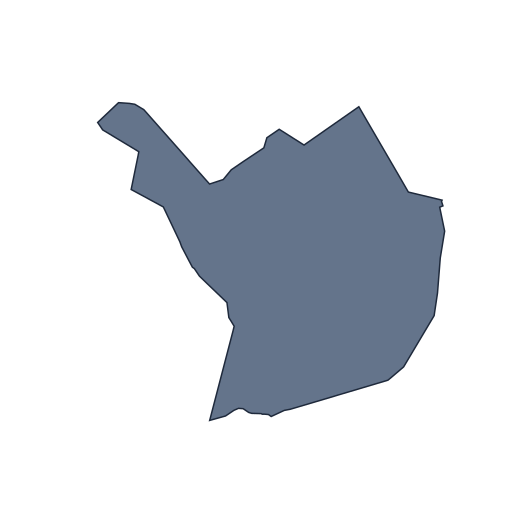 Santa María Jalapa del Marqués, Oaxaca, Mexico (Robinson projection), rotated 15°
{"feature_id": "50627088B47200776133604", "entity_name": "Santa María Jalapa del Marqués", "entity_type": "district", "adm_level": 2, "iso_a3": "MEX", "parent_name": "Mexico", "parent_adm1": "Oaxaca", "projection": "robinson", "projection_center": [-95.524, 16.507], "detail": "fine", "context": "isolated", "style": "filled", "palette": "slate", "viewbox_px": 512, "rotation_deg": 15, "n_neighbors": 0, "source": "geoboundaries", "source_scale": "gbopen_adm2", "svg_char_len": 1083}
<svg xmlns="http://www.w3.org/2000/svg" viewBox="0 0 512 512"><g transform="rotate(15 256 256)"><path d="M386.6,154.8L373.1,141.3L325.5,94.0L316.7,85.2L275.4,134.3L273.7,136.4L245.6,127.6L235.9,138.9L235.6,149.5L219.5,167.8L209.8,179.1L204.6,190.6L192.5,198.5L185.8,194.1L167.7,182.1L161.3,177.8L109.8,143.7L99.7,140.8L95.0,141.3L94.6,141.3L89.9,142.2L83.8,143.4L83.5,143.5L81.1,147.4L68.5,168.0L75.3,173.9L109.0,183.6L115.8,185.6L116.1,189.2L118.2,224.1L120.4,224.6L127.1,226.2L153.8,232.6L178.8,262.0L181.8,266.3L191.9,277.3L197.5,283.3L199.7,284.1L206.6,290.1L216.5,295.6L240.0,308.5L244.4,319.3L245.7,322.5L248.4,325.0L253.1,329.5L253.1,330.6L253.2,334.3L253.8,424.9L253.8,426.8L268.0,418.4L274.7,410.7L278.5,407.7L283.1,406.8L289.4,409.0L292.6,409.1L301.8,406.9L302.9,407.2L305.0,406.6L309.1,405.9L312.2,407.1L323.3,397.8L328.7,395.2L368.8,370.6L370.7,369.4L415.6,341.8L418.7,337.4L427.3,324.9L443.5,267.5L440.9,244.8L434.5,210.2L433.4,199.2L431.8,183.2L420.8,161.3L423.6,159.2L421.1,155.3L421.3,153.9L386.6,154.8Z" fill="#64748b" stroke="#1e293b" stroke-width="1.5"/></g></svg>